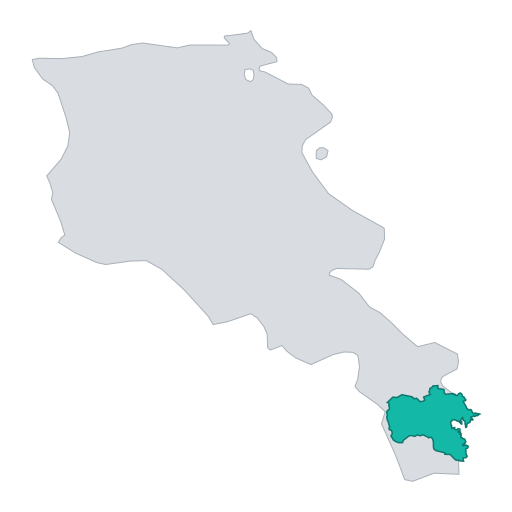 location of Kapan, Syunik, Armenia
{"feature_id": "60910142B33530441096586", "entity_name": "Kapan", "entity_type": "district", "adm_level": 2, "iso_a3": "ARM", "parent_name": "Armenia", "parent_adm1": "Syunik", "projection": "orthographic", "projection_center": [46.399, 39.181], "detail": "fine", "context": "in_parent", "style": "filled", "palette": "teal", "viewbox_px": 512, "rotation_deg": 0, "n_neighbors": 0, "source": "geoboundaries", "source_scale": "gbopen_adm2", "svg_char_len": 7583}
<svg xmlns="http://www.w3.org/2000/svg" viewBox="0 0 512 512"><path d="M213.1,324.5L208.3,316.4L184.1,289.8L161.7,269.2L146.2,260.6L130.4,261.1L105.8,264.5L96.9,262.6L75.8,253.2L58.3,242.3L60.9,238.1L64.8,235.0L60.7,221.4L51.5,199.4L52.8,192.6L49.9,183.1L46.7,175.9L61.1,159.3L67.9,145.9L69.7,132.6L66.4,118.7L58.1,93.4L52.8,86.0L42.6,78.9L34.3,67.5L32.3,59.5L39.7,58.2L61.1,58.7L81.8,56.6L98.2,51.9L121.7,48.2L131.5,44.6L142.8,43.0L177.0,47.9L189.9,45.0L228.4,45.1L229.5,43.5L224.3,38.1L224.4,36.1L247.4,33.2L251.0,30.7L253.9,39.2L262.3,48.6L271.7,52.5L276.7,57.7L276.9,61.6L260.1,66.1L259.0,68.4L260.0,70.8L265.0,72.0L288.2,84.0L301.6,84.4L308.6,88.1L312.0,95.1L323.1,104.7L331.9,114.0L332.4,117.2L330.7,121.9L305.5,139.7L302.3,145.9L301.8,152.4L312.6,172.2L328.6,193.7L352.0,210.2L384.2,228.1L384.6,239.0L379.4,252.0L374.9,260.8L372.9,266.8L368.9,269.2L336.5,268.5L331.7,270.5L329.5,273.1L329.3,275.2L340.9,279.3L359.0,293.3L369.4,306.9L380.3,312.8L392.5,323.7L402.3,333.7L417.6,346.7L434.7,342.5L457.5,354.1L458.5,361.9L457.1,368.9L442.7,376.6L440.9,379.7L440.9,382.4L442.8,386.1L451.2,392.4L461.2,401.7L472.4,415.5L467.4,419.7L457.0,420.3L448.8,418.6L445.9,421.4L446.1,425.9L456.7,436.5L458.8,444.1L458.4,457.5L459.0,474.3L434.0,473.2L412.7,481.3L404.7,479.6L399.4,465.3L394.9,453.7L381.5,423.8L385.2,411.7L377.7,404.6L359.6,391.8L355.0,386.5L357.7,379.4L359.5,366.2L357.9,355.5L353.0,352.3L344.0,352.0L333.0,354.6L310.9,364.6L295.7,357.9L286.9,351.2L281.9,345.6L270.4,350.0L267.6,347.7L267.2,334.0L263.9,326.6L257.2,317.9L250.8,313.7L227.2,321.8L213.1,324.5ZM253.3,79.6L254.1,74.7L253.1,70.2L249.4,68.8L244.8,69.9L244.3,74.8L245.7,79.5L250.3,81.7L253.3,79.6ZM326.6,156.8L321.2,159.8L316.2,158.4L316.3,150.7L319.9,147.7L324.1,147.9L328.0,150.7L326.6,156.8Z" fill="#d9dde1" stroke="#a8b0b8" stroke-width="1"/><path d="M463.6,461.2L463.6,460.7L463.1,459.9L463.1,459.5L463.1,458.1L463.2,457.9L463.7,457.9L464.1,457.8L464.9,457.8L465.9,457.7L466.6,457.0L467.1,456.6L467.1,456.1L466.9,455.8L466.8,455.5L466.4,454.5L466.2,454.1L466.1,453.8L466.1,453.3L465.9,452.8L465.8,452.4L465.7,452.2L465.7,451.9L465.9,451.7L466.0,451.4L465.9,450.9L465.8,450.6L465.6,450.0L465.8,449.5L466.1,448.7L466.9,448.3L467.4,448.2L467.6,448.0L468.0,447.3L468.2,446.7L468.2,446.4L467.7,446.1L467.7,445.9L467.5,445.6L466.7,445.6L466.5,445.3L466.2,445.3L465.6,445.5L465.4,445.5L465.1,445.4L464.3,445.4L463.9,445.4L463.3,445.6L463.0,445.6L462.8,445.4L462.7,445.2L462.7,444.9L463.1,444.3L463.8,443.7L464.1,443.7L464.4,443.7L464.6,443.9L464.8,443.9L464.9,443.1L465.1,442.8L465.4,442.7L465.6,442.1L465.8,441.7L465.7,441.4L465.6,441.1L465.4,440.9L465.2,440.2L464.9,439.4L464.6,439.1L462.8,438.6L462.5,438.0L462.4,437.9L462.0,437.9L461.7,437.6L461.1,437.6L460.9,437.5L460.7,437.3L460.7,437.0L460.9,436.6L461.2,435.3L461.0,434.5L461.1,434.2L461.1,433.9L460.5,433.9L460.4,433.7L460.4,433.4L460.0,434.1L459.8,434.1L459.6,433.3L459.6,432.7L459.4,432.5L459.1,432.4L458.1,432.3L458.0,431.5L459.1,431.1L459.5,431.0L459.9,431.0L459.9,430.2L459.8,429.7L459.8,429.3L459.9,429.1L458.5,428.9L458.3,428.8L458.1,428.8L457.7,428.9L457.4,429.2L457.1,429.4L456.8,429.6L456.3,429.8L455.6,429.7L455.2,429.5L454.6,428.9L454.4,428.9L454.7,427.6L453.4,427.6L452.9,427.8L452.2,428.2L452.0,428.4L451.7,428.4L451.7,427.4L451.5,427.2L451.4,426.5L451.6,426.3L451.7,425.6L451.5,425.3L451.1,424.9L451.0,424.6L451.0,424.4L451.0,424.2L450.8,423.5L450.7,422.7L450.6,422.2L452.2,420.4L452.6,420.0L453.0,419.8L453.5,419.6L454.5,420.0L454.8,420.0L455.1,419.9L455.3,419.9L456.2,420.3L456.6,420.8L456.9,420.8L457.2,420.8L457.5,421.2L458.4,421.2L458.7,421.2L458.8,421.3L459.1,421.3L459.4,421.6L459.5,421.7L459.6,421.8L459.4,421.9L459.3,422.1L460.4,422.9L460.5,423.2L461.2,423.9L461.5,424.1L461.9,423.9L461.5,423.3L461.0,422.9L461.1,422.6L461.8,422.1L461.8,421.9L461.7,421.7L460.9,421.4L460.2,421.0L460.2,420.9L460.5,420.5L460.8,419.7L461.1,419.4L461.6,419.1L461.7,418.5L462.0,418.1L462.3,417.7L462.6,417.5L462.8,418.2L463.3,419.6L463.4,420.1L463.5,420.4L463.8,420.6L464.2,420.7L464.7,420.9L464.9,421.1L465.1,422.1L465.0,423.5L465.1,424.2L465.3,424.6L465.6,425.5L465.5,425.8L465.5,426.1L465.6,426.7L465.7,427.3L465.8,427.5L466.1,427.4L466.8,426.4L466.9,426.0L466.8,425.9L466.5,425.6L466.5,425.3L466.7,424.9L466.7,424.6L466.8,424.3L467.0,424.1L468.2,423.1L468.3,423.0L469.1,422.8L469.9,422.2L470.3,421.6L470.3,421.2L470.2,420.9L470.2,420.2L470.4,420.1L470.7,420.0L470.9,419.8L470.9,419.6L471.1,419.4L471.4,419.8L471.8,420.0L472.1,420.1L472.5,420.0L472.8,419.9L472.9,419.7L472.9,419.3L472.7,419.1L472.1,418.7L471.2,418.4L470.8,418.2L470.7,417.9L470.8,417.4L471.2,416.7L471.5,416.7L471.8,416.8L472.0,416.8L472.7,416.6L473.4,416.1L473.5,415.9L474.5,416.4L474.9,416.0L475.1,415.9L475.5,416.1L475.7,415.8L476.1,415.6L476.6,415.6L476.9,415.5L477.1,415.6L477.5,415.7L478.1,415.2L478.4,414.7L478.5,414.6L479.0,414.5L479.2,414.4L479.7,414.1L478.6,413.8L477.1,413.6L476.8,413.5L476.0,413.3L475.8,413.1L475.6,413.0L475.1,413.3L474.9,413.2L474.6,413.3L474.3,413.5L473.7,413.5L473.3,413.4L472.9,412.8L472.5,412.4L472.2,411.9L471.8,411.6L471.7,411.4L471.7,410.8L471.6,410.3L471.4,410.1L470.8,409.6L470.7,409.5L470.4,409.5L469.2,409.8L468.7,409.9L468.1,409.8L467.9,409.5L467.8,409.1L467.6,408.9L467.4,408.8L467.1,408.6L466.5,407.7L466.4,407.3L465.7,405.7L464.1,403.2L463.3,401.6L463.2,401.4L463.4,401.1L463.7,401.0L464.9,400.8L465.6,400.6L465.7,400.2L465.8,399.8L465.8,399.6L465.2,399.3L464.8,398.6L464.6,398.4L464.4,397.7L464.4,397.4L463.7,397.0L463.4,396.8L463.1,396.7L462.5,396.2L462.4,395.9L462.1,394.8L461.9,394.5L461.3,393.7L460.8,393.3L460.2,393.0L459.9,393.0L459.1,393.5L458.7,393.7L458.4,393.9L458.2,394.2L457.9,395.2L457.6,395.4L455.9,395.4L455.7,395.3L455.8,395.2L455.7,394.8L454.8,394.2L454.3,394.2L454.0,394.4L453.6,394.4L453.4,394.4L453.0,394.3L452.8,394.1L453.3,394.0L453.3,393.7L453.2,393.5L445.7,394.3L444.2,392.8L444.0,389.5L437.8,388.4L437.9,385.6L432.8,386.0L432.0,387.4L429.9,388.4L429.6,390.9L428.9,391.8L430.2,394.7L427.2,395.5L423.6,397.1L424.8,400.2L423.4,401.2L420.1,401.7L416.6,398.2L414.2,398.8L412.1,396.8L401.9,394.7L397.1,397.5L392.9,397.1L387.3,402.5L387.7,402.6L388.0,402.6L388.5,402.7L388.8,403.6L388.9,403.9L388.9,404.3L389.0,404.5L389.2,404.9L388.9,405.3L388.8,405.7L389.3,406.9L389.4,408.4L389.3,408.6L389.3,409.1L389.2,409.5L388.7,409.7L388.3,409.9L388.2,410.2L388.0,410.4L386.9,411.2L386.8,411.5L386.7,411.9L386.8,412.3L386.9,412.7L386.9,413.2L387.0,413.6L387.1,414.0L387.1,414.5L387.2,414.9L387.4,415.2L387.4,415.5L386.9,416.3L386.8,416.7L386.8,417.1L386.9,418.0L387.1,418.3L387.3,418.7L387.1,419.2L387.1,419.5L387.2,419.8L387.8,420.5L387.9,421.5L388.0,421.7L388.4,422.1L388.6,422.6L388.6,422.9L388.5,423.5L388.8,424.3L389.4,425.4L389.4,425.7L389.4,426.0L389.5,426.3L389.7,426.7L389.6,427.0L389.2,427.4L389.1,427.8L389.2,428.2L389.1,429.3L389.6,429.7L390.0,429.9L390.4,429.9L391.0,430.3L391.4,430.4L391.8,431.3L391.9,431.8L392.1,432.3L392.1,432.6L392.1,433.0L392.2,433.5L392.1,434.1L392.0,434.4L391.7,434.8L391.0,435.5L391.1,436.1L391.3,436.4L391.3,436.8L391.7,437.3L391.8,437.6L392.5,438.0L392.5,438.3L392.6,438.5L392.8,438.9L393.0,439.6L393.2,439.9L393.6,440.2L394.0,440.3L395.5,441.5L395.9,441.6L396.2,441.9L396.6,441.9L398.1,442.3L398.4,442.7L402.6,442.6L403.3,440.2L405.9,438.4L409.2,435.8L411.4,435.5L414.9,436.4L417.3,434.9L420.2,435.8L422.9,434.8L427.3,436.8L428.4,437.8L431.1,437.2L432.6,438.9L433.3,441.2L433.4,443.8L433.4,446.7L433.8,448.9L436.0,450.7L440.8,451.8L445.1,452.9L444.9,454.3L450.2,454.5L454.9,459.4L456.4,460.3L458.5,460.0L459.2,460.8L463.6,461.2Z" fill="#14b8a6" stroke="#0f766e" stroke-width="1.5"/></svg>